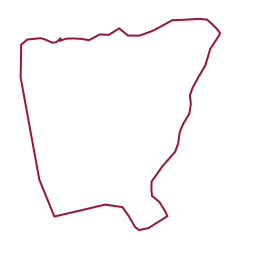 Dar As Salam, North Darfur, Sudan (Natural Earth projection), rotated 174°
{"feature_id": "16777658B35355118744985", "entity_name": "Dar As Salam", "entity_type": "district", "adm_level": 2, "iso_a3": "SDN", "parent_name": "Sudan", "parent_adm1": "North Darfur", "projection": "natural_earth1", "projection_center": [25.233, 13.229], "detail": "fine", "context": "isolated", "style": "outline", "palette": "rose", "viewbox_px": 256, "rotation_deg": 174, "n_neighbors": 0, "source": "geoboundaries", "source_scale": "gbopen_adm2", "svg_char_len": 2303}
<svg xmlns="http://www.w3.org/2000/svg" viewBox="0 0 256 256"><g transform="rotate(174 128 128)"><path d="M98.1,36.2L99.6,41.0L104.5,51.1L111.2,58.0L111.2,63.8L110.2,72.1L98.0,86.1L83.5,99.6L79.6,107.7L77.0,118.5L72.3,127.0L71.3,128.2L65.6,135.7L63.0,145.2L63.0,154.1L59.7,161.0L52.6,171.4L44.7,181.9L41.5,189.5L38.7,196.3L37.9,198.2L34.0,202.9L32.6,204.6L32.3,205.0L29.9,207.9L29.7,208.2L28.0,210.2L27.2,211.5L26.7,212.3L26.6,212.5L26.6,212.8L29.1,217.0L31.0,219.4L33.6,222.6L38.2,227.6L46.9,229.2L47.1,229.2L47.4,229.2L47.7,229.2L47.8,229.3L48.0,229.3L48.4,229.3L49.0,229.3L49.5,229.3L50.7,229.3L50.8,229.3L51.3,229.3L52.8,229.4L53.5,229.4L54.1,229.5L54.3,229.5L54.6,229.5L55.6,229.5L57.2,229.6L60.4,229.8L61.5,229.8L64.9,230.0L65.1,230.1L68.3,230.3L68.7,230.3L69.5,230.4L70.4,230.4L70.6,230.5L71.7,230.5L72.5,230.6L73.5,230.2L77.9,228.4L79.6,227.7L80.4,227.3L82.1,226.6L83.0,226.3L83.5,226.1L83.9,225.9L84.1,225.8L84.3,225.7L84.5,225.6L85.0,225.4L85.9,225.0L86.8,224.6L88.5,224.0L88.7,223.9L89.1,223.8L89.7,223.5L89.9,223.4L91.3,222.9L91.7,222.7L92.0,222.6L92.5,222.4L93.8,222.0L94.8,221.7L97.2,221.1L100.6,220.2L104.1,219.4L107.6,218.7L118.4,220.0L126.4,228.0L126.7,227.9L127.0,227.7L127.8,227.3L128.5,227.0L128.7,226.9L128.8,226.8L131.1,225.7L131.8,225.4L132.2,225.1L134.0,224.3L134.3,224.1L134.5,224.0L135.1,223.7L135.4,223.6L135.7,223.4L136.0,223.3L136.1,223.2L136.3,223.1L136.6,223.0L137.3,222.7L142.4,223.4L145.3,223.9L146.4,224.0L148.1,223.3L150.3,222.4L151.7,221.8L155.3,220.4L155.5,220.3L157.5,219.5L161.4,220.4L161.9,220.6L165.1,221.5L168.7,222.1L169.7,222.2L172.3,222.7L177.3,223.1L180.2,223.3L180.3,223.3L180.6,223.2L180.8,223.2L181.3,223.1L182.7,222.7L185.1,222.2L186.1,221.9L185.5,224.8L186.1,224.0L186.7,223.2L188.2,222.4L189.5,221.5L189.7,221.3L190.2,221.0L191.1,220.8L192.0,220.7L194.5,220.8L194.7,221.0L194.8,221.0L195.1,221.2L195.4,221.3L196.6,222.0L197.7,222.7L200.1,224.1L201.7,225.0L202.0,225.1L205.0,226.3L205.3,226.4L205.8,226.4L208.5,226.5L209.4,226.5L212.0,226.5L212.7,226.5L215.5,226.5L217.2,226.5L217.6,226.5L218.3,226.5L218.7,226.5L219.0,226.5L225.5,222.0L225.8,219.9L226.3,215.5L229.5,189.6L221.6,86.0L210.5,47.7L191.6,50.0L190.0,50.2L158.8,54.2L141.8,49.9L136.8,41.0L131.3,28.8L127.7,25.4L118.2,26.3L98.1,36.2Z" fill="none" stroke="#9f1239" stroke-width="2"/></g></svg>